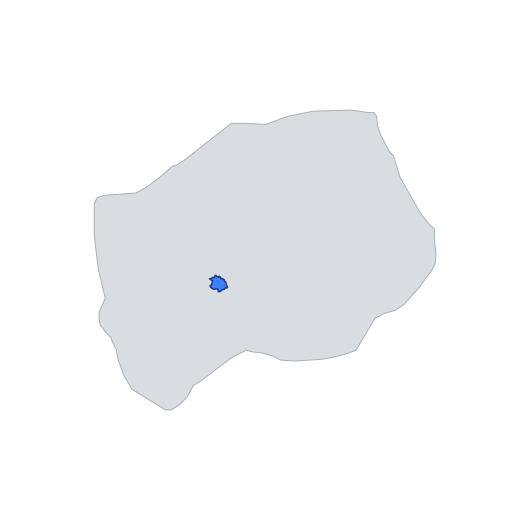 Semonkong, Maseru, Lesotho (highlighted), rotated 21°
{"feature_id": "5366337B2664328548096", "entity_name": "Semonkong", "entity_type": "district", "adm_level": 2, "iso_a3": "LSO", "parent_name": "Lesotho", "parent_adm1": "Maseru", "projection": "robinson", "projection_center": [28.034, -29.842], "detail": "fine", "context": "in_parent", "style": "filled", "palette": "blue", "viewbox_px": 512, "rotation_deg": 21, "n_neighbors": 0, "source": "geoboundaries", "source_scale": "gbopen_adm2", "svg_char_len": 4049}
<svg xmlns="http://www.w3.org/2000/svg" viewBox="0 0 512 512"><g transform="rotate(21 256 256)"><path d="M330.6,339.8L317.5,344.0L315.7,344.3L307.4,343.4L296.2,344.4L287.4,346.7L280.6,347.6L269.5,359.7L249.3,392.4L243.9,399.2L242.4,412.1L237.8,422.3L232.0,430.2L226.4,432.1L209.6,429.0L188.1,424.9L175.6,415.0L164.4,402.1L158.5,392.6L152.4,387.5L150.3,384.5L141.5,380.2L138.2,377.9L135.2,376.3L131.7,370.1L129.6,364.6L130.4,349.4L124.2,340.4L113.6,324.9L106.9,312.3L97.7,295.0L92.0,280.2L86.2,264.9L86.9,258.3L92.5,253.8L108.8,246.1L121.4,240.2L130.4,229.2L140.3,212.9L145.1,203.1L149.9,198.7L155.1,191.7L164.2,176.4L174.4,159.4L185.3,141.1L199.1,135.8L217.9,129.7L236.1,113.8L257.6,100.3L292.4,85.7L308.7,82.0L314.8,79.9L318.8,82.6L322.9,91.0L328.8,98.0L342.5,110.2L348.3,113.1L362.5,131.1L377.6,143.5L395.0,157.7L406.9,164.8L412.9,166.7L417.9,179.4L422.9,188.7L425.8,197.5L425.2,206.0L419.6,226.9L411.5,248.3L405.1,257.2L397.2,262.8L389.5,271.2L386.5,288.3L383.0,308.5L373.0,316.8L365.2,322.2L354.4,328.9L330.6,339.8Z" fill="#d9dde1" stroke="#a8b0b8" stroke-width="1"/><path d="M224.2,299.5L223.8,300.0L224.0,300.2L224.0,300.4L224.2,300.6L224.4,300.7L224.4,301.0L224.6,301.2L224.8,301.3L225.0,301.3L225.3,301.5L225.5,301.6L225.8,301.8L226.0,301.8L226.3,301.7L226.5,301.7L226.6,301.8L226.8,301.9L226.9,302.0L227.1,302.0L227.3,302.1L227.5,302.1L227.8,302.2L228.0,302.1L228.4,302.1L228.6,301.9L228.9,301.9L229.0,301.8L229.2,301.7L229.3,301.6L229.5,301.6L229.7,301.4L229.8,301.4L230.0,301.3L230.2,301.2L230.3,301.1L230.5,301.0L230.6,300.9L230.8,300.8L231.0,300.7L231.3,300.6L231.5,300.7L231.5,300.8L231.9,300.9L232.0,300.9L232.1,301.0L232.3,301.0L232.5,301.1L232.7,301.3L232.8,301.5L233.0,301.5L233.3,301.6L233.4,301.8L233.5,301.9L233.6,302.0L233.6,302.3L233.6,302.6L233.8,302.5L234.0,302.5L234.3,302.6L234.5,302.5L234.6,302.4L234.9,302.2L235.0,302.1L235.3,302.0L235.4,301.9L235.6,301.6L235.7,301.3L235.7,301.1L235.8,301.0L235.9,300.8L236.1,300.4L236.3,300.2L236.5,300.0L236.5,299.9L236.7,299.7L236.8,299.6L237.0,299.4L237.2,299.0L237.5,298.8L237.8,298.8L238.1,298.6L238.3,298.4L238.5,298.1L238.5,297.6L238.5,297.4L238.5,297.2L239.0,296.8L239.1,296.7L239.3,296.6L239.7,296.5L239.8,296.4L240.0,296.3L240.1,296.2L240.4,295.9L240.5,295.8L240.6,295.6L240.4,295.3L240.4,295.2L240.2,295.0L240.1,294.9L240.0,294.6L239.8,294.5L239.7,294.4L239.4,294.2L239.1,294.1L238.9,294.0L238.8,293.9L238.7,293.8L238.7,293.6L238.6,293.4L238.4,293.3L238.4,293.1L238.2,292.8L238.1,292.6L237.9,292.4L237.8,292.2L237.7,292.1L237.5,291.9L237.4,291.5L237.3,291.4L237.2,291.3L236.8,291.2L236.5,291.1L236.4,291.0L236.2,291.0L236.2,290.9L235.9,290.7L235.7,290.6L235.3,290.3L235.2,290.1L235.2,289.9L234.8,289.6L234.6,289.5L234.4,289.5L234.1,289.4L233.9,289.3L233.1,289.3L232.9,289.3L232.7,289.2L232.4,289.2L231.9,289.2L231.8,289.4L231.7,289.5L231.4,289.6L231.2,289.7L230.9,289.5L230.6,289.2L230.5,288.9L230.3,288.7L230.2,288.6L230.0,288.4L229.7,288.2L229.4,288.0L229.2,288.2L228.8,288.4L228.7,288.5L228.8,288.8L228.8,289.0L228.7,289.1L228.4,289.0L228.2,289.0L227.9,289.0L227.7,289.0L227.4,289.1L227.2,289.1L226.9,289.2L226.7,289.1L226.4,289.0L226.2,288.9L226.0,288.7L225.9,288.7L225.7,288.7L225.6,288.8L225.6,288.7L225.4,288.6L225.2,288.7L225.2,288.8L224.9,288.8L224.8,289.0L224.8,289.3L224.9,289.5L224.9,289.8L224.9,290.0L224.8,290.4L224.8,290.5L224.8,290.8L224.8,291.0L224.7,291.1L224.4,291.2L224.3,291.3L224.2,291.3L223.9,291.3L223.7,291.4L223.4,291.5L223.1,291.6L222.9,291.8L222.9,292.2L222.9,292.4L222.9,292.5L222.7,292.8L222.4,293.0L222.2,293.0L221.9,293.3L221.6,293.4L221.5,293.5L221.4,293.6L221.2,293.8L221.0,294.0L221.3,294.1L221.6,294.1L221.9,294.2L222.0,294.2L222.1,294.3L222.3,294.3L222.5,294.3L222.9,294.5L223.1,294.6L223.3,294.7L223.4,294.8L223.8,294.8L224.0,294.8L224.4,294.9L224.4,295.0L224.4,295.3L224.4,295.5L224.5,295.8L224.5,296.0L224.7,296.3L224.7,296.5L224.8,296.8L224.7,296.9L224.7,297.1L224.7,297.4L224.8,297.6L224.8,298.0L224.8,298.3L224.7,298.6L224.6,298.8L224.4,299.2L224.3,299.4L224.2,299.5Z" fill="#3b82f6" stroke="#1e3a8a" stroke-width="1.5"/></g></svg>